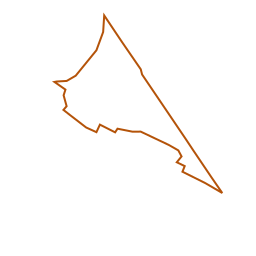 Hancock, Tennessee, United States of America (orthographic projection), rotated 56°
{"feature_id": "52423323B54321928367648", "entity_name": "Hancock", "entity_type": "district", "adm_level": 2, "iso_a3": "USA", "parent_name": "United States of America", "parent_adm1": "Tennessee", "projection": "orthographic", "projection_center": [-83.193, 36.493], "detail": "fine", "context": "isolated", "style": "outline", "palette": "amber", "viewbox_px": 256, "rotation_deg": 56, "n_neighbors": 0, "source": "geoboundaries", "source_scale": "gbopen_adm2", "svg_char_len": 575}
<svg xmlns="http://www.w3.org/2000/svg" viewBox="0 0 256 256"><g transform="rotate(56 128 128)"><path d="M21.4,84.8L34.5,94.9L45.9,110.7L55.4,142.1L54.7,152.5L49.6,161.1L48.7,163.2L61.2,158.4L64.9,163.1L75.6,166.7L76.9,171.4L85.0,168.8L104.2,162.4L113.8,156.5L109.5,149.4L124.4,141.1L122.7,137.1L133.6,126.3L138.1,119.5L164.8,103.7L174.7,98.8L181.5,99.5L183.7,106.7L191.3,102.3L194.7,107.3L216.8,94.8L234.6,86.2L215.5,86.4L183.2,86.4L169.2,86.3L168.8,86.3L95.6,86.4L95.2,86.4L91.5,86.4L86.5,84.6L53.7,84.9L21.4,84.8Z" fill="none" stroke="#b45309" stroke-width="2"/></g></svg>